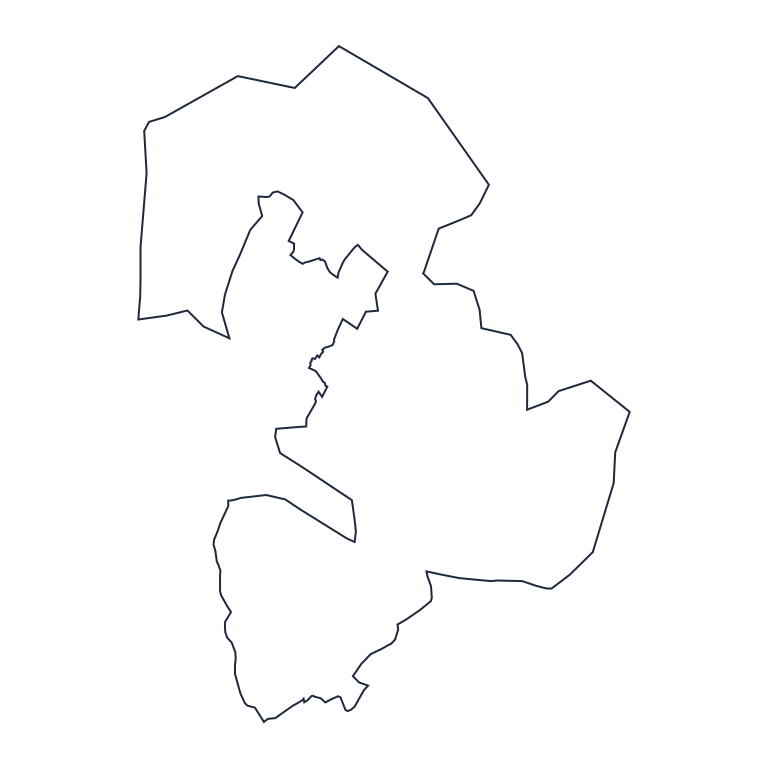 Abeokuta South, Ogun, Nigeria
{"feature_id": "59680162B79825109156569", "entity_name": "Abeokuta South", "entity_type": "district", "adm_level": 2, "iso_a3": "NGA", "parent_name": "Nigeria", "parent_adm1": "Ogun", "projection": "natural_earth1", "projection_center": [3.353, 7.176], "detail": "fine", "context": "isolated", "style": "outline", "palette": "slate", "viewbox_px": 768, "rotation_deg": 0, "n_neighbors": 0, "source": "geoboundaries", "source_scale": "gbopen_adm2", "svg_char_len": 2751}
<svg xmlns="http://www.w3.org/2000/svg" viewBox="0 0 768 768"><path d="M225.1,621.8L224.9,626.5L225.3,632.1L227.1,637.5L231.7,642.6L235.3,652.1L235.7,658.3L235.0,665.9L235.0,673.9L240.4,693.4L244.9,703.2L247.4,705.6L255.0,707.7L263.9,721.9L267.8,718.9L275.4,718.1L283.3,712.4L292.9,705.7L301.8,700.7L303.6,698.7L304.3,702.3L307.5,700.3L311.6,696.0L313.3,695.8L314.9,696.8L320.9,698.3L323.8,701.1L325.5,702.4L331.5,699.1L338.0,696.3L340.5,697.3L345.4,709.8L347.6,711.1L350.9,709.8L354.6,706.7L358.8,699.2L364.0,690.1L368.1,685.6L359.2,682.5L352.9,676.2L361.2,664.0L370.7,654.1L382.6,648.4L387.5,645.5L391.2,643.7L395.1,639.5L398.2,629.4L397.5,624.5L405.4,620.0L419.6,610.3L430.8,601.2L431.8,598.0L431.4,591.8L431.0,586.2L427.5,576.5L426.5,571.4L441.3,574.6L459.3,578.1L490.6,581.1L497.4,580.5L522.2,581.1L536.4,585.9L546.5,588.5L551.6,588.5L569.8,574.7L592.8,552.1L613.7,483.0L615.2,452.4L629.7,411.9L590.8,380.7L558.6,391.1L548.2,401.7L527.1,409.7L527.2,384.9L525.3,377.2L522.1,353.0L517.4,344.0L510.6,334.8L481.4,328.2L479.6,309.8L473.6,290.9L456.8,283.7L434.1,284.3L423.1,273.3L424.1,271.5L438.7,228.6L461.1,219.6L471.2,215.2L479.7,203.5L488.9,184.8L427.9,98.1L338.9,46.1L294.7,88.0L237.8,76.1L164.9,117.0L149.0,121.9L144.2,130.9L146.6,173.2L140.5,247.4L140.5,279.1L140.2,296.4L138.3,319.5L166.6,315.6L187.5,310.5L203.6,326.6L229.4,338.3L221.9,312.4L225.0,294.5L232.5,270.9L240.1,254.4L250.3,229.8L262.2,216.0L258.7,203.5L258.4,196.5L266.7,197.0L269.6,196.5L272.7,192.6L277.4,191.4L285.0,195.0L293.5,200.2L302.6,212.4L288.7,241.0L294.1,243.6L294.0,249.5L293.3,251.8L290.5,255.1L295.2,259.0L299.2,261.8L302.7,263.8L304.9,262.5L308.7,261.6L319.6,258.2L320.4,260.1L322.2,259.5L325.0,261.4L327.3,267.9L329.8,272.1L332.8,274.5L337.6,277.7L338.6,272.3L342.9,262.6L344.9,259.2L352.9,249.4L355.3,246.7L357.9,244.9L362.1,249.9L387.7,271.7L375.4,293.7L378.0,310.7L365.9,311.7L357.2,328.8L342.8,319.0L337.5,330.5L334.1,339.3L334.2,341.5L332.6,345.0L328.7,346.6L325.0,347.6L322.2,349.8L323.2,351.8L321.3,353.7L319.2,357.4L317.4,355.4L315.0,358.9L312.4,358.3L311.6,359.8L311.7,360.7L310.2,362.9L310.7,364.9L309.0,368.0L315.7,371.0L320.9,378.2L322.9,381.6L325.0,383.1L325.2,385.4L327.3,386.6L322.1,396.9L318.6,391.7L316.3,395.3L315.1,398.9L316.0,401.2L314.9,404.0L306.5,418.6L306.2,426.5L299.3,426.9L276.2,428.8L275.1,437.1L280.1,453.1L293.9,461.8L303.6,468.0L351.9,500.2L354.5,518.9L355.9,531.5L354.6,542.0L347.1,538.6L300.0,509.3L285.2,499.4L266.1,495.0L240.9,497.9L235.7,499.5L231.7,500.4L228.2,500.6L228.3,506.0L220.3,523.2L217.8,530.7L214.2,539.4L213.5,544.5L215.4,551.1L216.0,555.7L216.8,561.4L218.4,564.9L220.4,570.5L220.0,577.3L220.1,584.2L220.0,590.9L221.2,595.5L227.1,606.0L231.0,612.1L225.1,621.8Z" fill="none" stroke="#1e293b" stroke-width="2"/></svg>